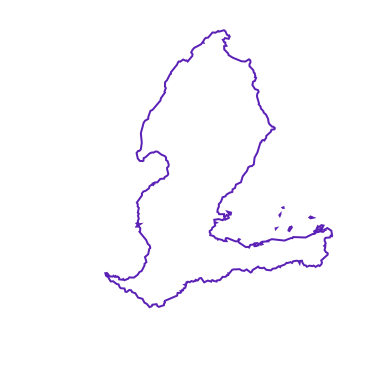 outline of Halmahera Timur, Maluku Utara, Indonesia, rotated 330°
{"feature_id": "22746128B70343351071090", "entity_name": "Halmahera Timur", "entity_type": "district", "adm_level": 2, "iso_a3": "IDN", "parent_name": "Indonesia", "parent_adm1": "Maluku Utara", "projection": "mercator", "projection_center": [128.277, 1.003], "detail": "fine", "context": "isolated", "style": "outline", "palette": "violet", "viewbox_px": 384, "rotation_deg": 330, "n_neighbors": 0, "source": "geoboundaries", "source_scale": "gbopen_adm2", "svg_char_len": 6083}
<svg xmlns="http://www.w3.org/2000/svg" viewBox="0 0 384 384"><g transform="rotate(330 192 192)"><path d="M84.5,245.1L85.6,245.9L88.7,245.5L90.2,246.8L90.1,248.8L92.3,251.3L92.5,256.5L95.7,259.7L95.5,264.1L96.9,266.2L97.7,270.5L100.0,270.8L101.3,269.8L105.2,271.4L105.0,273.2L105.8,274.9L111.1,276.0L111.9,274.8L113.3,274.2L113.3,273.2L114.1,272.7L127.3,274.3L129.1,272.2L131.7,273.6L132.6,273.2L132.7,272.2L133.5,272.7L134.5,271.9L135.2,272.6L136.7,271.3L138.2,271.6L140.1,269.9L139.3,268.6L140.6,268.8L142.0,268.2L142.0,267.5L143.4,267.5L145.0,269.0L147.0,268.8L148.3,270.3L150.3,270.2L150.6,270.7L151.4,270.0L152.7,271.5L155.4,270.5L156.9,271.1L157.4,276.3L161.4,276.6L163.8,279.2L164.8,278.4L165.9,278.7L166.3,279.8L168.5,281.8L169.3,281.1L172.4,282.2L176.1,280.8L178.1,282.0L179.7,282.2L180.6,281.4L181.9,282.0L182.8,280.6L183.4,281.2L187.8,279.5L189.0,279.7L194.7,282.7L195.8,284.8L197.7,286.4L200.6,286.4L202.5,291.0L203.8,291.1L205.3,289.9L212.0,289.7L212.4,291.3L214.6,293.0L216.5,293.5L217.5,296.6L221.1,299.3L223.7,298.8L226.3,300.0L230.1,299.7L230.8,301.1L231.7,300.5L236.1,301.2L238.5,300.6L239.3,301.3L242.3,302.0L243.2,303.5L244.9,302.6L248.3,303.8L249.6,305.1L249.5,307.6L251.2,305.7L252.9,306.6L252.3,308.3L252.5,311.4L253.8,312.5L254.1,314.1L257.1,314.6L259.2,316.4L260.5,316.5L261.7,318.7L264.8,318.6L265.5,319.9L267.7,319.4L269.2,318.2L269.7,315.9L278.2,314.1L278.9,312.7L277.9,311.0L277.8,308.5L280.0,306.3L279.5,304.8L281.1,304.6L281.1,303.9L282.2,303.2L282.4,300.8L283.4,299.0L284.8,298.5L288.6,300.3L290.2,299.2L291.0,300.3L291.5,299.9L293.3,295.2L291.2,290.9L288.5,290.9L288.5,291.5L287.7,291.1L287.1,291.8L285.4,292.0L282.8,289.7L281.9,290.0L278.8,288.9L277.4,289.6L275.4,288.7L267.6,288.2L257.1,281.6L256.0,282.2L254.7,281.4L247.8,280.3L237.6,272.8L232.7,272.0L232.9,272.6L227.7,270.1L226.3,270.2L226.8,272.4L225.7,272.2L225.3,271.6L225.3,271.0L223.9,270.4L223.0,270.3L222.6,271.3L220.4,270.9L219.0,270.1L219.2,269.5L222.2,268.5L220.5,267.7L218.5,268.0L216.0,267.0L213.7,268.6L213.1,267.5L211.1,266.7L207.4,259.2L207.4,257.7L205.0,256.5L199.7,249.7L198.4,249.0L197.4,249.6L197.3,251.8L195.0,250.4L194.0,248.4L191.5,246.1L190.6,246.1L190.6,244.9L189.4,244.0L188.7,240.9L186.2,238.5L187.3,237.2L187.1,235.9L187.9,234.6L190.1,234.5L191.7,233.1L195.3,232.7L196.0,230.5L197.8,230.8L196.6,229.2L197.4,227.2L201.5,228.8L204.5,231.8L206.6,231.1L207.3,232.1L207.1,232.6L211.0,232.8L211.2,230.1L210.5,229.2L208.4,230.1L207.4,229.3L208.7,227.2L204.4,224.8L204.6,222.8L204.0,221.9L205.7,219.7L207.7,218.4L209.2,215.9L212.1,215.0L215.9,211.8L218.7,212.5L220.7,211.5L224.3,211.4L226.9,212.1L228.5,210.0L231.3,210.0L233.7,207.6L239.3,208.0L243.7,203.8L250.2,201.2L253.0,198.8L255.0,198.7L256.9,199.5L259.3,199.0L263.4,193.5L268.2,190.6L276.0,183.4L276.8,183.6L278.1,182.4L279.6,182.5L280.3,183.6L283.5,182.0L284.3,180.6L290.4,179.2L291.9,177.8L294.8,178.9L295.7,178.1L295.1,176.2L294.1,175.6L293.0,172.0L293.2,169.7L294.4,167.0L294.8,161.9L293.8,159.1L294.2,157.7L293.4,154.0L294.1,152.4L293.6,149.4L294.3,148.8L296.1,141.5L297.9,139.4L299.8,138.6L300.1,136.8L298.0,134.3L297.8,129.5L300.1,127.0L302.1,127.2L304.6,125.1L303.9,124.0L304.8,123.3L305.7,120.4L305.2,119.5L306.0,117.2L304.7,111.8L305.7,110.0L307.5,109.0L308.3,107.1L307.7,105.6L303.5,105.7L300.3,103.6L294.5,96.1L292.1,91.7L292.6,90.3L291.2,84.7L292.7,81.8L294.9,82.6L294.9,80.2L295.6,79.1L294.8,78.3L294.9,75.6L296.0,75.9L297.5,75.2L300.4,77.7L302.4,76.2L302.4,74.9L301.6,74.8L300.9,73.1L301.3,69.7L300.6,67.9L295.5,66.6L295.3,65.7L292.1,65.8L289.5,64.1L283.1,66.4L281.3,65.5L279.6,65.7L276.7,67.3L276.6,68.5L275.5,67.8L273.7,68.6L265.9,68.3L263.6,69.1L261.1,70.7L261.4,72.9L260.3,74.3L253.5,76.8L253.1,75.3L252.0,75.0L250.6,72.9L246.8,73.2L246.0,72.4L244.9,72.6L242.6,74.3L233.5,77.8L232.9,79.1L231.9,79.0L226.4,82.6L223.6,83.5L221.3,87.1L221.3,88.9L218.4,91.3L218.4,92.3L212.0,95.2L210.4,97.0L199.0,101.1L196.5,101.0L191.8,105.0L190.7,106.8L186.9,106.8L184.8,107.8L177.1,115.5L173.1,124.3L169.0,129.5L167.1,130.1L165.8,129.5L163.5,130.5L161.8,135.9L162.3,138.9L164.8,140.6L165.6,140.6L167.2,138.4L168.8,138.7L174.8,137.4L177.3,137.8L178.4,138.7L180.4,138.6L182.3,139.8L184.2,144.4L186.4,147.2L186.8,149.2L185.5,151.3L186.3,153.1L185.5,156.7L184.4,158.1L182.6,158.5L182.0,159.4L180.5,164.5L179.2,165.4L175.7,165.5L174.6,166.5L171.1,164.8L166.8,166.3L164.8,165.2L162.5,165.0L162.7,165.9L164.6,166.1L162.6,165.9L161.8,166.5L161.1,165.6L159.9,165.6L158.0,165.8L156.6,167.3L152.7,167.8L150.1,167.3L147.9,168.2L147.0,169.9L138.9,173.6L139.0,175.3L137.7,177.4L138.0,179.2L134.7,182.8L135.1,184.2L133.3,185.6L132.6,188.5L130.6,190.0L130.1,191.4L128.3,191.5L128.9,193.3L129.5,193.4L129.9,192.6L130.0,193.4L131.1,193.9L128.7,194.2L129.1,197.5L127.5,199.9L126.6,200.1L128.3,210.7L127.8,215.0L128.6,217.2L127.9,219.6L126.6,219.9L122.9,224.0L118.8,224.8L117.5,229.9L114.9,230.5L114.2,231.8L109.0,235.2L106.3,235.1L103.6,236.5L98.9,237.1L95.0,234.6L93.2,235.2L89.4,234.6L88.9,233.0L88.2,233.4L85.2,231.2L86.0,229.8L85.4,228.1L84.5,228.1L83.8,226.6L82.8,227.0L82.1,225.3L81.1,225.6L78.9,224.2L77.8,221.4L78.2,221.2L77.8,219.9L78.5,219.8L76.3,219.0L75.7,221.7L76.8,223.7L76.9,228.8L79.1,229.9L80.7,233.9L82.2,235.3L81.8,238.5L82.3,239.8L85.3,241.8L84.5,245.1ZM284.1,285.8L283.8,284.6L281.8,285.9L281.6,287.4L284.3,288.2L286.2,287.6L287.4,287.9L289.1,286.8L287.5,285.4L284.1,285.8ZM256.8,274.5L260.7,272.6L260.8,271.7L259.1,271.4L256.9,272.9L256.3,273.6L256.8,274.5ZM212.9,226.8L213.2,230.5L214.2,230.9L215.5,229.4L212.9,226.8ZM282.4,272.5L281.0,272.8L281.6,274.1L284.2,274.9L282.4,272.5ZM280.1,287.0L278.1,287.1L277.9,287.5L278.4,288.3L280.5,288.5L280.1,287.0ZM286.5,288.7L284.7,289.1L284.8,289.8L286.2,289.6L286.5,288.7ZM127.7,193.6L126.6,194.2L128.0,195.0L128.6,194.4L127.7,193.6ZM256.1,256.5L257.4,255.5L257.6,255.2L256.1,255.7L256.1,256.5ZM209.0,256.2L208.3,256.5L208.1,257.3L209.5,256.9L209.0,256.2ZM263.4,251.6L263.6,251.0L262.6,250.8L262.7,251.2L263.4,251.6ZM225.4,271.4L226.4,271.2L225.8,270.7L225.4,271.4ZM247.0,265.5L246.3,265.3L246.1,265.8L247.0,265.5Z" fill="none" stroke="#5b21b6" stroke-width="2"/></g></svg>